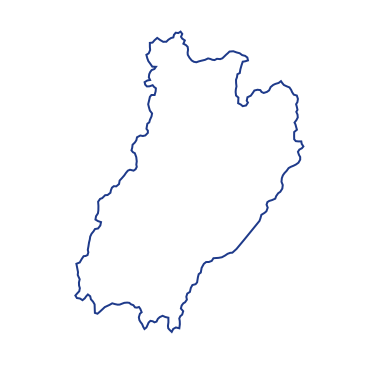 the district of Alegre, Espírito Santo, Brazil, rotated 20°
{"feature_id": "56859067B15605132089544", "entity_name": "Alegre", "entity_type": "district", "adm_level": 2, "iso_a3": "BRA", "parent_name": "Brazil", "parent_adm1": "Espírito Santo", "projection": "natural_earth1", "projection_center": [-41.524, -20.728], "detail": "fine", "context": "isolated", "style": "outline", "palette": "blue", "viewbox_px": 384, "rotation_deg": 20, "n_neighbors": 0, "source": "geoboundaries", "source_scale": "gbopen_adm2", "svg_char_len": 4280}
<svg xmlns="http://www.w3.org/2000/svg" viewBox="0 0 384 384"><g transform="rotate(20 192 192)"><path d="M254.3,65.7L251.9,63.9L250.2,62.1L247.8,60.4L244.8,60.3L241.7,60.0L239.5,58.7L237.7,57.4L236.1,59.9L233.4,61.9L231.7,63.6L230.0,66.5L229.7,70.1L228.2,72.3L225.5,74.4L223.1,74.2L221.4,72.9L218.6,73.5L215.9,75.3L215.3,77.9L214.3,81.4L211.7,84.0L212.2,87.5L214.0,88.9L213.2,92.2L210.3,94.0L207.9,93.1L205.0,92.8L204.1,89.9L203.3,87.4L200.4,86.3L198.8,83.1L198.1,80.6L197.7,77.6L196.2,74.6L195.0,71.5L195.0,68.7L194.4,65.8L196.2,63.9L195.5,60.2L195.2,56.1L195.1,52.2L197.4,50.9L199.6,49.2L198.0,46.7L195.3,45.9L192.3,46.2L189.3,45.3L186.1,45.6L182.7,45.6L179.2,47.2L178.2,49.3L177.1,51.3L176.1,53.4L174.8,56.0L173.0,57.5L169.9,58.3L168.1,60.3L165.9,60.8L163.7,60.7L161.4,61.0L159.0,63.4L156.1,65.3L153.9,66.8L151.7,68.6L149.2,69.0L146.7,68.5L143.7,66.7L141.1,64.5L140.2,62.5L139.6,59.6L138.3,57.1L136.0,56.0L133.2,55.6L133.4,52.0L130.3,51.2L128.6,49.9L128.8,46.8L126.4,45.2L124.8,47.3L122.2,47.9L121.3,50.5L121.6,53.1L119.6,54.5L117.7,57.0L116.5,59.6L113.5,60.7L110.2,60.1L106.6,59.1L104.9,62.2L103.8,65.1L101.4,66.3L102.8,70.1L104.1,72.9L103.9,76.5L102.2,78.7L104.3,81.7L106.3,84.0L108.6,85.5L111.8,87.8L115.3,86.7L114.6,89.3L112.4,91.2L111.7,93.5L111.5,95.9L112.2,99.0L114.3,101.1L111.9,102.5L109.9,105.0L111.3,107.1L113.5,108.2L115.8,107.3L118.5,105.1L120.3,106.2L122.6,106.9L123.4,109.9L123.7,113.6L120.7,114.7L119.9,117.0L120.3,120.1L120.8,124.5L122.6,127.2L124.6,129.9L127.6,131.8L128.1,134.8L127.8,138.5L128.0,141.2L126.7,143.1L127.1,145.5L127.6,148.2L129.5,149.4L130.3,151.5L128.8,154.8L126.7,156.2L124.1,156.6L121.6,159.4L122.0,162.4L121.4,165.0L120.0,167.9L120.7,171.0L120.9,173.6L122.9,174.8L125.0,175.1L127.7,178.3L129.6,182.1L130.3,185.3L131.5,187.3L131.2,189.9L129.8,191.9L126.1,192.3L124.4,193.9L123.4,196.7L122.7,199.5L121.4,202.9L120.1,206.0L120.7,209.5L118.9,212.6L116.5,213.3L115.3,215.3L115.2,218.1L115.6,220.6L113.7,223.7L111.5,224.7L109.7,228.5L108.0,229.9L107.1,233.2L108.8,237.0L110.3,241.3L110.9,244.2L110.1,247.6L110.7,250.9L113.6,251.5L116.8,251.4L117.3,254.8L116.2,258.4L113.5,260.0L112.9,262.7L111.9,265.5L111.6,268.7L112.2,271.6L112.5,274.6L113.3,278.6L113.9,282.1L115.2,284.1L115.4,287.0L113.9,288.5L112.1,289.4L111.3,292.6L110.6,296.6L107.9,299.0L109.9,302.3L112.3,306.3L113.0,309.0L114.6,310.7L116.3,312.4L116.7,315.7L117.9,318.6L119.5,320.7L120.0,323.8L118.7,326.8L117.8,329.2L120.1,331.0L123.1,330.4L126.1,331.1L127.6,328.6L128.2,326.3L129.2,323.9L132.0,324.8L133.7,327.4L136.5,328.9L138.9,330.9L139.9,333.4L140.9,335.9L142.1,338.8L144.8,338.7L146.4,335.9L148.2,332.4L149.4,330.0L151.2,328.2L153.2,326.2L155.1,323.9L157.9,323.7L160.7,323.3L162.6,322.5L164.2,321.1L166.3,319.3L168.9,318.1L171.0,317.6L173.1,318.4L175.6,318.4L177.9,319.9L179.8,319.5L181.5,318.2L183.4,319.5L185.8,322.2L184.7,324.2L184.9,327.9L186.4,330.4L188.1,331.8L190.3,333.2L192.4,335.5L194.2,337.0L195.5,334.9L195.7,332.6L195.9,329.5L197.0,327.3L199.4,326.9L201.3,327.3L203.0,325.9L203.3,322.9L204.5,320.6L206.7,318.4L209.7,318.6L212.8,318.2L214.4,322.5L215.2,326.1L216.3,328.2L218.1,329.2L220.8,330.4L221.2,327.1L223.2,324.8L226.7,324.4L225.8,320.4L224.6,317.4L223.3,315.2L223.5,312.7L224.7,310.6L224.5,307.0L221.4,305.3L221.1,302.2L221.9,299.6L223.2,298.0L224.0,294.9L222.5,292.4L222.3,289.1L224.2,286.6L223.7,282.5L224.2,279.3L226.9,277.4L227.7,275.2L226.7,270.0L226.4,266.9L227.8,264.7L227.0,260.0L227.7,255.5L229.2,253.0L231.8,252.0L234.1,250.0L234.8,246.9L237.2,245.8L239.5,244.8L242.4,243.1L244.8,240.4L246.6,237.9L248.7,236.1L250.7,235.2L253.3,230.3L257.6,218.3L265.3,196.1L265.3,193.4L265.0,189.7L267.3,186.8L268.5,184.7L268.5,180.8L266.4,178.4L266.3,175.7L267.7,173.9L270.0,172.2L272.5,169.8L272.5,167.1L273.4,163.7L274.9,161.6L275.7,157.9L274.9,154.4L272.6,151.8L271.7,148.3L271.7,145.3L272.4,142.7L273.7,139.7L274.6,136.5L276.3,134.5L278.3,132.7L280.2,130.7L282.0,128.1L282.6,124.6L281.7,122.1L279.8,120.5L277.8,118.0L278.4,115.4L280.3,113.3L281.1,111.1L278.6,109.2L277.4,107.1L274.6,108.1L272.1,108.7L270.0,107.5L268.8,104.4L267.5,100.7L269.3,97.6L267.5,95.1L266.1,93.1L264.6,91.7L265.5,88.8L265.9,85.8L264.7,83.2L262.6,81.0L263.0,78.7L261.5,76.3L259.8,73.9L260.3,71.5L259.7,68.3L257.5,65.5L254.3,65.7Z" fill="none" stroke="#1e3a8a" stroke-width="2"/></g></svg>